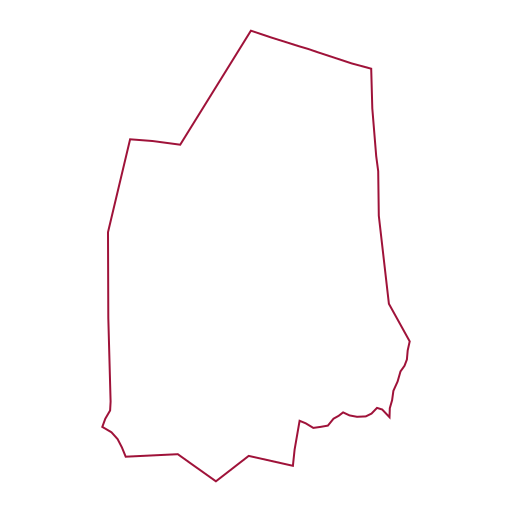 Campo Grande do Piauí, Piauí, Brazil (Robinson projection)
{"feature_id": "56859067B96257895784002", "entity_name": "Campo Grande do Piauí", "entity_type": "district", "adm_level": 2, "iso_a3": "BRA", "parent_name": "Brazil", "parent_adm1": "Piauí", "projection": "robinson", "projection_center": [-41.045, -7.177], "detail": "fine", "context": "isolated", "style": "outline", "palette": "rose", "viewbox_px": 512, "rotation_deg": 0, "n_neighbors": 0, "source": "geoboundaries", "source_scale": "gbopen_adm2", "svg_char_len": 791}
<svg xmlns="http://www.w3.org/2000/svg" viewBox="0 0 512 512"><path d="M371.2,68.7L351.6,63.4L317.3,52.1L308.0,48.9L298.8,46.2L270.9,37.4L250.9,30.7L180.2,144.7L152.3,141.0L130.1,139.3L108.0,232.2L108.3,317.8L110.6,401.7L110.1,410.5L105.3,418.7L102.3,426.9L111.5,432.3L117.6,439.1L121.9,447.4L125.7,456.7L177.8,454.2L190.4,463.2L215.9,481.3L248.7,455.9L292.9,465.8L294.6,449.6L299.6,420.8L305.7,423.3L313.3,427.9L320.5,426.9L327.9,425.6L333.5,418.7L338.7,415.8L343.1,412.4L349.5,415.4L357.0,416.8L365.8,416.4L371.5,413.6L377.0,407.9L382.2,409.5L389.5,417.2L389.8,408.2L392.1,400.2L393.4,390.8L397.6,381.5L400.5,371.4L404.5,365.8L406.9,359.5L407.7,350.4L409.7,341.4L388.9,303.8L378.8,215.7L378.2,171.2L376.2,156.1L372.3,108.4L371.2,68.7Z" fill="none" stroke="#9f1239" stroke-width="2"/></svg>